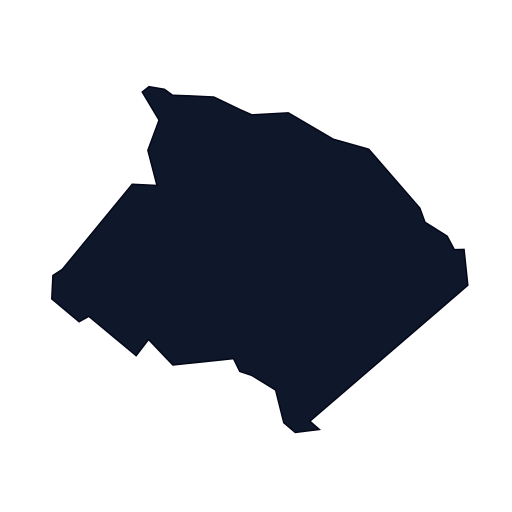 the district of Bibb, Georgia, United States of America, rotated 174°
{"feature_id": "52423323B78226819496171", "entity_name": "Bibb", "entity_type": "district", "adm_level": 2, "iso_a3": "USA", "parent_name": "United States of America", "parent_adm1": "Georgia", "projection": "robinson", "projection_center": [-83.68, 32.807], "detail": "fine", "context": "isolated", "style": "filled", "palette": "ink", "viewbox_px": 512, "rotation_deg": 174, "n_neighbors": 0, "source": "geoboundaries", "source_scale": "gbopen_adm2", "svg_char_len": 651}
<svg xmlns="http://www.w3.org/2000/svg" viewBox="0 0 512 512"><g transform="rotate(174 256 256)"><path d="M438.8,209.1L428.6,213.5L385.6,169.4L371.6,184.2L350.1,156.3L289.1,156.3L284.2,142.9L272.7,137.7L250.5,120.6L245.8,87.3L235.4,76.4L211.2,76.9L219.7,86.1L77.3,184.7L68.1,191.1L48.4,204.8L48.4,240.8L58.1,241.6L63.8,255.7L84.4,271.9L88.0,286.4L132.7,350.4L167.0,364.1L208.9,395.0L245.2,396.8L245.3,396.8L256.5,403.2L281.3,418.5L305.2,422.2L322.2,424.6L329.7,431.4L344.7,435.6L352.0,431.0L338.2,401.3L352.5,372.4L347.1,336.5L371.6,340.3L450.1,262.9L460.0,257.9L463.6,234.7L438.8,209.1Z" fill="#0f172a" stroke="#020617" stroke-width="1.5"/></g></svg>